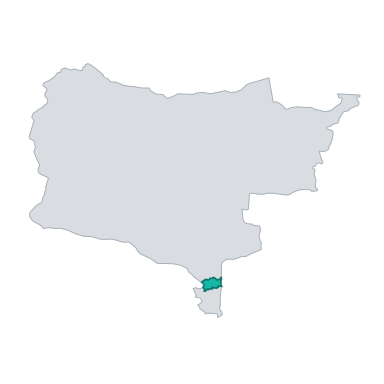 Mbanza-Ngungu, Bas-Congo, Democratic Republic of the Congo (highlighted), rotated 272°
{"feature_id": "63176286B82592558575614", "entity_name": "Mbanza-Ngungu", "entity_type": "district", "adm_level": 2, "iso_a3": "COD", "parent_name": "Democratic Republic of the Congo", "parent_adm1": "Bas-Congo", "projection": "equal_earth", "projection_center": [14.766, -5.339], "detail": "fine", "context": "in_parent", "style": "filled", "palette": "teal", "viewbox_px": 384, "rotation_deg": 272, "n_neighbors": 0, "source": "geoboundaries", "source_scale": "gbopen_adm2", "svg_char_len": 7026}
<svg xmlns="http://www.w3.org/2000/svg" viewBox="0 0 384 384"><g transform="rotate(272 192 192)"><path d="M308.8,264.9L284.6,270.0L285.0,271.9L284.8,273.8L284.2,275.3L281.6,279.3L278.0,283.0L277.9,283.9L279.7,288.0L280.8,293.6L280.3,303.5L280.8,306.1L280.7,308.2L279.4,310.5L276.8,322.4L278.3,328.2L283.0,333.5L285.7,337.5L290.3,338.9L291.1,338.7L291.4,335.4L295.2,334.1L294.8,355.3L294.5,356.4L293.8,356.7L292.9,356.0L292.6,354.0L291.7,353.2L287.1,355.8L285.9,355.7L284.7,355.2L283.8,354.2L283.5,352.6L280.4,346.4L278.9,346.0L277.2,340.4L270.1,336.4L267.3,336.1L265.9,334.8L264.6,330.5L262.2,327.7L261.7,324.6L261.2,324.1L259.8,324.7L258.4,329.7L256.8,330.8L253.8,330.9L246.5,329.5L241.3,327.0L239.9,327.1L237.8,324.9L237.0,321.1L237.5,318.1L237.1,317.7L229.0,320.2L227.1,321.6L225.3,321.3L224.7,320.5L225.5,318.4L225.2,316.3L224.6,315.3L222.2,314.5L221.5,312.1L220.0,311.8L219.5,312.1L219.2,313.7L218.3,314.2L213.5,313.5L208.5,315.5L201.8,315.0L198.6,317.5L198.1,317.4L197.4,316.1L196.8,312.1L197.2,311.0L198.2,310.2L198.5,308.6L198.2,304.5L198.5,303.5L198.2,301.1L197.2,297.2L195.8,294.1L192.9,289.4L192.3,287.2L192.6,282.0L193.6,273.7L193.5,267.5L192.3,263.5L192.1,259.2L192.9,251.4L192.1,249.5L176.8,248.9L176.2,248.3L175.9,247.2L176.6,242.6L167.3,243.7L164.5,244.6L162.8,246.5L162.2,248.9L162.1,252.3L160.7,255.5L160.3,260.9L157.7,261.6L155.1,261.6L150.2,260.4L145.3,261.9L142.9,263.4L141.7,262.7L137.4,263.3L136.8,262.9L131.9,252.1L129.6,248.5L129.2,246.7L129.4,245.1L128.8,242.8L126.5,237.3L126.1,234.7L126.2,230.7L125.9,229.3L123.8,225.8L122.5,224.7L120.9,224.1L95.9,224.5L87.7,223.9L81.6,224.3L78.6,224.1L77.7,223.5L75.0,224.3L73.5,225.7L71.4,226.5L70.0,226.2L67.4,222.2L71.0,221.5L71.2,221.1L71.5,211.5L70.5,210.1L72.4,208.5L75.5,204.2L78.4,202.7L78.8,201.8L79.5,201.9L80.5,203.7L83.1,206.0L86.3,204.0L86.6,203.4L87.0,199.3L87.8,198.9L89.2,199.8L90.0,199.8L91.3,198.6L95.4,196.5L96.6,199.2L95.5,201.6L96.0,203.2L96.1,205.9L96.8,206.5L100.0,206.8L100.9,206.1L107.3,196.7L108.9,195.6L111.6,191.8L115.2,190.1L116.7,187.1L118.8,181.8L119.7,174.2L119.4,161.0L119.7,159.2L123.9,153.2L128.4,142.4L131.4,139.6L133.6,138.4L137.1,134.5L139.8,130.5L139.4,125.7L140.1,121.7L141.6,116.7L142.1,111.3L141.5,105.7L141.8,101.1L143.8,93.8L144.0,85.3L145.8,78.3L149.4,69.3L151.1,62.6L150.8,56.0L151.3,51.2L151.1,48.3L150.4,45.8L150.7,44.3L152.1,43.6L153.8,41.2L156.9,34.7L160.2,31.5L162.5,30.5L165.0,30.6L166.5,31.2L169.1,33.7L172.0,35.8L174.2,38.3L176.4,42.2L181.6,43.1L183.8,44.5L185.2,45.0L185.7,44.7L186.7,44.9L189.2,46.1L191.1,45.4L200.7,48.0L201.8,46.7L204.5,40.0L206.5,37.6L209.8,37.4L212.3,38.7L213.7,38.7L225.5,32.9L227.0,32.6L231.3,34.0L234.1,33.1L235.2,33.3L237.6,32.3L239.5,28.3L241.2,27.3L258.1,31.7L260.7,29.5L261.9,29.3L265.7,30.9L266.9,33.3L269.1,35.5L270.8,39.0L273.3,41.0L274.6,42.9L276.1,44.2L279.2,44.7L283.1,41.5L285.8,41.8L288.6,43.5L289.6,43.5L291.6,41.6L292.7,39.6L293.8,39.2L295.4,40.0L296.8,41.9L298.0,44.6L302.3,50.7L306.4,53.3L307.4,57.0L308.9,56.6L309.7,57.0L310.8,59.3L311.5,59.8L311.6,60.8L310.6,63.0L309.7,67.2L311.0,69.8L309.9,73.6L309.4,77.6L310.7,78.5L312.5,78.5L314.0,80.5L315.3,80.8L316.6,83.0L316.3,84.8L312.3,91.2L306.2,99.0L304.1,99.9L303.1,101.4L302.3,103.7L300.6,105.6L299.2,106.4L299.1,112.0L297.1,117.9L296.3,119.1L295.2,128.6L295.4,130.2L294.2,138.0L294.4,145.3L291.5,147.5L289.4,151.1L288.5,153.6L288.5,159.5L285.2,163.1L284.9,163.9L285.8,168.1L287.0,168.7L287.0,170.1L289.7,174.6L289.5,188.3L289.6,189.7L291.0,192.9L291.9,199.2L290.8,207.1L294.4,221.6L292.7,226.9L293.4,231.9L295.6,237.3L300.7,242.5L302.0,244.6L303.3,247.6L304.5,252.1L308.8,264.9Z" fill="#d9dde1" stroke="#a8b0b8" stroke-width="1"/><path d="M96.8,219.7L96.9,219.8L97.0,219.8L97.1,219.7L97.3,219.8L97.2,219.9L97.3,220.2L97.2,220.3L97.3,220.4L97.4,220.5L97.5,220.6L97.6,220.8L97.5,221.0L97.4,221.0L97.5,221.2L97.5,221.3L97.5,221.5L97.9,221.6L98.1,221.9L98.4,221.5L98.7,221.2L98.9,221.2L98.9,221.3L99.0,221.5L99.0,221.8L98.9,222.0L99.0,222.0L99.0,222.3L99.1,222.5L99.1,222.8L98.9,222.8L98.9,223.0L99.0,223.1L99.2,223.4L99.3,223.7L99.3,223.9L99.3,224.0L99.2,223.9L99.2,224.0L98.8,224.4L98.7,224.6L98.7,224.9L98.8,224.8L99.9,224.2L100.1,224.1L100.9,224.0L101.4,224.0L103.6,224.1L104.7,223.9L104.8,224.0L105.2,224.1L106.4,224.1L107.6,224.3L107.6,224.2L107.4,224.2L107.2,224.0L107.2,223.9L107.1,224.0L106.9,224.1L107.0,223.9L107.0,223.7L106.9,223.7L106.9,223.8L106.7,223.9L106.6,223.6L106.5,223.4L106.4,223.4L106.2,223.3L106.1,223.2L106.0,222.9L105.9,222.9L105.9,222.7L105.7,222.5L105.7,222.4L105.5,222.1L105.5,221.9L105.3,221.7L105.2,221.5L105.0,221.4L105.0,221.2L104.9,221.1L105.0,221.0L105.1,220.5L105.3,220.4L105.2,220.3L105.2,220.2L105.3,220.2L105.5,219.9L105.5,219.6L105.5,219.4L105.7,219.2L105.6,219.3L105.5,219.1L105.8,219.0L105.9,218.9L106.0,218.8L106.0,218.7L106.2,218.4L106.3,218.4L106.4,218.1L106.5,218.1L106.8,218.0L106.8,217.9L106.7,217.9L106.8,217.7L106.7,217.6L106.8,217.5L107.0,217.4L106.9,217.1L107.0,217.0L107.2,216.9L107.1,216.7L107.4,216.5L107.4,216.4L107.1,216.1L107.2,215.9L107.1,215.5L106.8,215.3L106.7,215.2L106.6,214.9L106.6,214.7L106.5,214.4L106.4,214.3L106.4,214.1L106.4,213.7L106.3,213.4L106.3,213.5L106.1,213.4L106.1,213.2L106.1,212.9L105.9,212.9L105.8,213.0L105.7,212.9L105.7,213.0L105.6,212.8L105.7,212.7L105.4,212.7L105.2,212.6L105.2,212.4L105.1,212.2L104.9,212.1L104.7,211.9L104.6,211.6L104.6,211.3L104.8,211.0L104.8,210.9L104.8,210.7L105.0,210.4L104.8,210.3L104.7,210.2L104.9,209.9L104.7,209.8L104.8,209.6L105.0,209.5L104.9,209.4L104.7,209.4L104.7,209.1L104.8,209.0L105.0,209.0L105.1,208.8L105.1,208.7L104.8,208.4L104.8,207.8L104.5,207.6L104.4,207.6L104.4,207.4L104.0,207.3L103.9,207.1L103.7,206.9L103.5,206.5L103.6,206.4L103.4,206.1L103.2,205.9L103.1,205.7L102.9,205.4L102.7,205.3L102.6,205.0L102.4,204.9L102.1,204.8L102.1,205.1L101.6,205.9L101.5,206.0L101.4,206.1L101.2,206.1L100.8,206.4L100.6,206.5L100.4,206.8L100.2,206.9L100.1,207.0L99.8,207.3L99.7,207.4L99.6,207.5L99.4,207.5L99.2,207.6L98.9,207.4L98.7,207.3L98.4,207.2L98.2,206.8L98.1,206.7L97.7,206.6L97.4,206.4L97.2,206.3L97.1,206.2L97.0,206.3L96.8,206.6L96.6,206.8L96.6,206.7L96.4,206.8L96.4,207.0L95.9,207.4L95.7,207.5L95.1,207.8L94.9,207.9L94.6,207.8L94.4,208.0L94.2,207.9L93.9,207.7L93.9,207.8L93.7,207.8L93.4,207.8L93.2,208.0L93.3,208.2L93.4,208.3L93.4,208.5L93.5,208.4L93.6,208.5L93.8,208.7L93.8,208.8L94.0,208.8L94.3,208.9L94.4,209.1L94.5,209.2L94.6,209.4L94.8,209.4L95.0,209.8L94.9,209.9L95.1,210.0L95.1,209.9L95.2,210.1L95.0,210.3L95.2,210.5L95.1,210.9L95.3,210.9L95.3,211.0L95.5,211.3L95.6,211.2L95.6,211.3L95.4,211.5L95.4,211.8L95.5,211.8L95.5,212.0L95.6,212.7L95.4,212.6L95.5,212.8L95.6,213.0L95.8,213.3L95.9,213.5L95.8,213.8L95.8,214.0L95.8,214.3L95.6,214.4L95.7,214.5L95.8,214.5L95.8,215.1L96.0,215.5L96.1,216.1L96.3,216.0L96.6,215.8L96.9,215.7L97.0,215.6L97.6,215.5L97.4,215.8L97.3,216.0L97.2,216.0L97.2,216.3L97.4,216.6L97.1,216.8L97.1,217.2L97.0,217.5L97.2,217.9L97.2,218.1L97.1,218.6L96.7,218.8L96.8,219.1L96.8,219.3L96.7,219.6L96.8,219.6L96.8,219.7Z" fill="#14b8a6" stroke="#0f766e" stroke-width="1.5"/></g></svg>